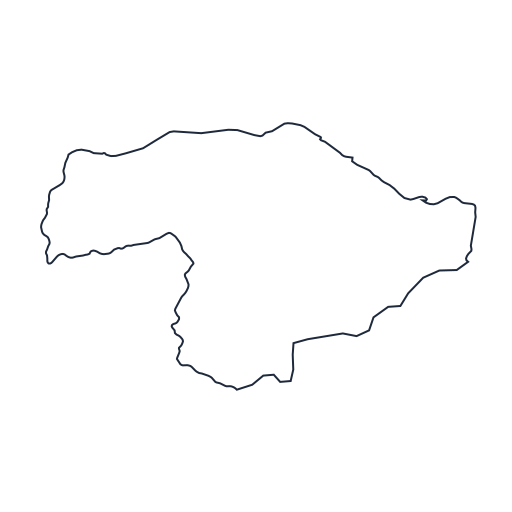 Melaky, orthographic projection, rotated 94°
{"feature_id": "MDG-5876", "entity_name": "Melaky", "entity_type": "Autonomous Province", "adm_level": 1, "iso_a3": "MDG", "parent_name": "Madagascar", "parent_adm1": "", "projection": "orthographic", "projection_center": [44.925, -17.742], "detail": "fine", "context": "isolated", "style": "outline", "palette": "slate", "viewbox_px": 512, "rotation_deg": 94, "n_neighbors": 0, "source": "natural_earth", "source_scale": "10m", "svg_char_len": 4041}
<svg xmlns="http://www.w3.org/2000/svg" viewBox="0 0 512 512"><g transform="rotate(94 256 256)"><path d="M167.9,450.1L165.3,446.7L163.0,442.2L162.1,437.5L163.0,429.4L164.7,425.1L164.7,416.6L164.6,416.3L164.0,415.3L163.9,414.8L164.1,413.8L165.2,412.7L165.5,411.9L166.3,408.5L166.4,407.2L165.9,402.8L162.7,393.2L156.4,376.2L147.0,363.1L138.4,350.8L137.4,346.7L137.3,319.2L132.0,292.4L131.7,283.3L135.5,266.1L136.2,260.0L135.4,257.9L132.3,255.0L130.4,248.7L122.0,236.9L121.3,233.5L121.3,229.2L122.4,220.7L123.8,216.7L130.4,205.6L132.8,199.8L133.6,199.4L135.1,200.2L136.0,199.2L137.2,195.2L147.2,179.4L149.3,177.1L150.3,175.1L150.7,173.2L151.1,166.6L154.8,166.7L158.0,161.4L162.4,149.5L163.3,148.1L166.9,144.3L167.6,143.1L168.7,140.0L169.6,138.6L171.8,136.1L173.4,133.5L175.9,127.7L179.3,122.6L183.9,117.5L187.8,112.0L189.0,105.8L188.2,103.1L185.8,97.3L185.2,94.4L185.9,91.1L187.4,89.5L188.8,90.2L188.9,93.6L191.0,90.0L192.0,86.2L192.0,82.3L190.7,78.5L185.7,70.9L183.7,66.8L183.3,62.3L183.9,60.5L185.0,58.6L186.2,56.7L187.4,55.3L188.3,53.8L188.7,51.9L189.0,44.2L189.5,42.3L190.5,41.0L192.7,40.4L197.2,40.4L201.7,39.6L230.7,42.4L234.2,41.5L235.9,41.6L239.1,44.3L241.4,45.6L243.8,46.3L245.7,45.7L247.0,44.0L256.0,54.8L257.7,72.1L266.0,87.7L282.6,101.6L295.8,108.5L297.5,120.6L309.0,134.5L322.3,138.0L328.9,150.1L327.2,164.0L335.4,198.6L340.3,212.5L351.8,212.5L366.7,210.9L378.3,212.7L379.9,223.1L373.2,230.0L374.8,240.4L384.7,250.8L390.7,265.8L389.7,267.0L388.8,268.4L388.2,269.9L387.8,271.3L387.7,272.6L387.9,275.2L388.0,276.4L387.7,277.7L385.6,282.7L385.3,284.0L384.9,286.6L384.4,287.8L380.6,291.6L379.8,292.8L378.8,295.1L377.0,301.8L376.7,304.6L376.1,305.9L375.5,307.2L374.6,308.5L371.2,312.3L370.3,313.7L369.9,315.4L369.7,316.9L370.2,321.4L369.9,322.7L369.2,323.9L364.2,327.7L363.0,327.5L357.8,325.8L356.2,325.5L355.0,325.9L353.9,326.4L352.9,326.4L352.1,325.7L351.1,324.8L349.8,324.0L348.2,323.4L346.3,322.9L345.0,323.2L343.9,323.9L342.0,325.8L341.2,326.9L340.6,328.1L340.2,329.2L339.7,330.1L338.5,331.5L335.9,332.0L335.2,332.7L334.4,333.4L333.2,334.6L332.0,335.2L330.8,335.0L329.9,334.1L329.3,332.9L328.9,331.7L328.2,330.6L327.1,329.7L324.5,328.4L323.1,328.4L322.2,328.7L321.5,329.6L320.6,330.5L317.9,332.2L316.0,333.1L314.3,332.8L302.6,327.6L301.3,326.8L299.3,325.1L297.8,324.0L296.0,323.0L292.8,321.7L290.9,321.3L289.1,321.3L284.1,323.6L281.6,325.2L279.8,325.7L278.5,325.3L277.6,324.4L276.5,323.2L275.2,322.1L271.1,320.2L268.0,317.9L266.8,318.2L265.9,318.9L264.9,319.9L263.2,321.2L262.6,321.8L261.0,323.7L259.1,325.6L258.2,326.7L257.4,327.8L256.2,329.0L254.6,330.1L251.3,331.1L247.9,332.9L242.7,337.3L241.8,338.4L239.6,342.0L239.1,343.1L239.0,344.5L239.5,345.6L240.1,346.8L244.9,353.6L245.3,354.8L246.1,357.3L246.6,358.5L249.6,363.1L250.3,364.3L250.7,365.7L253.5,378.8L254.5,381.3L254.6,384.1L254.9,385.5L255.5,386.7L257.3,388.8L257.9,389.9L258.1,391.3L257.6,393.0L257.8,394.4L259.5,398.0L262.3,400.6L262.9,401.3L263.4,402.1L263.9,403.3L264.8,407.9L264.7,409.8L264.2,411.9L262.7,414.9L262.1,416.9L261.9,418.6L262.3,419.9L262.8,420.9L263.4,421.4L264.2,421.8L265.3,422.2L265.9,423.3L266.4,424.6L266.7,426.1L267.6,428.6L269.0,435.2L269.5,436.6L270.1,437.9L270.5,439.3L270.6,441.0L270.1,443.1L269.2,444.9L267.8,447.0L267.4,448.7L267.6,450.0L268.0,451.2L268.9,452.9L269.7,453.8L270.7,454.7L276.2,458.8L277.2,459.7L277.9,460.9L277.9,462.4L277.0,463.3L275.7,463.8L273.0,464.0L270.0,464.5L268.1,465.6L266.6,465.8L265.3,465.4L264.2,464.9L260.8,464.0L258.3,462.9L256.9,462.8L255.4,463.2L253.8,463.8L251.9,464.9L250.8,466.5L249.7,468.7L248.2,470.3L246.7,471.1L242.3,472.4L240.8,472.4L239.2,472.2L236.3,471.3L234.9,470.7L232.6,469.2L228.7,467.5L227.4,467.5L224.8,468.1L223.7,468.0L221.5,466.8L219.2,467.0L217.6,466.9L214.7,466.3L211.1,466.7L209.3,466.6L206.3,465.9L205.0,465.2L204.1,464.2L198.7,456.4L197.0,454.4L196.1,453.7L195.3,453.3L194.3,452.9L193.1,452.6L191.8,452.5L190.3,452.5L188.8,452.8L186.1,453.7L184.8,454.0L183.6,454.0L180.8,453.3L176.4,452.7L170.9,450.7L168.0,450.1L167.9,450.1Z" fill="none" stroke="#1e293b" stroke-width="2"/></g></svg>